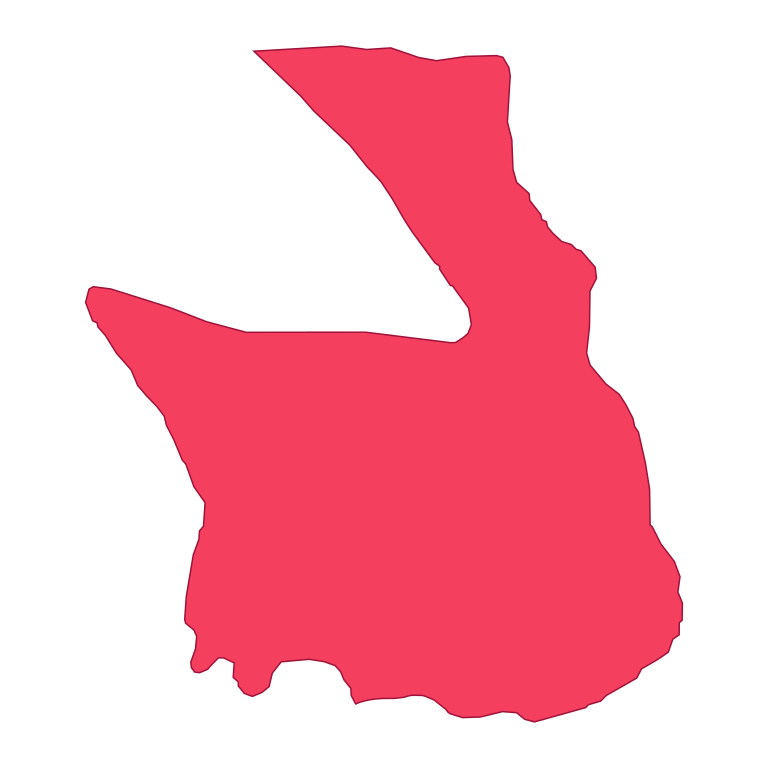 outline of Usumatlán, Zacapa, Guatemala
{"feature_id": "79465075B70422154839704", "entity_name": "Usumatlán", "entity_type": "district", "adm_level": 2, "iso_a3": "GTM", "parent_name": "Guatemala", "parent_adm1": "Zacapa", "projection": "robinson", "projection_center": [-89.805, 15.005], "detail": "fine", "context": "isolated", "style": "filled", "palette": "rose", "viewbox_px": 768, "rotation_deg": 0, "n_neighbors": 0, "source": "geoboundaries", "source_scale": "gbopen_adm2", "svg_char_len": 2178}
<svg xmlns="http://www.w3.org/2000/svg" viewBox="0 0 768 768"><path d="M657.3,659.7L668.3,652.2L672.8,639.2L679.2,634.8L679.3,622.7L682.1,620.2L682.4,603.1L677.9,592.1L680.0,576.7L674.3,561.4L661.0,544.1L652.3,526.9L650.1,524.8L649.6,489.3L645.4,463.0L638.4,432.1L634.6,426.4L632.9,418.3L625.7,404.4L619.3,394.4L605.7,383.8L590.1,365.1L586.6,353.0L589.5,326.4L590.0,291.0L596.5,278.3L595.1,267.1L580.9,250.7L576.1,249.3L571.4,244.5L561.7,241.5L552.9,233.3L547.7,227.1L546.3,221.6L541.9,219.7L540.7,214.5L529.8,200.5L529.1,193.6L516.6,182.3L513.0,169.3L511.8,139.5L507.4,121.9L510.2,75.8L508.9,67.6L502.9,57.3L496.6,55.6L466.2,56.4L436.5,60.7L418.7,57.5L390.7,47.9L366.8,49.5L341.6,46.1L253.9,51.2L300.7,96.1L314.1,111.3L349.8,145.1L367.5,167.3L376.8,177.0L381.2,182.0L392.3,198.8L404.2,219.5L411.7,231.2L434.9,262.8L439.7,266.2L439.6,269.1L450.3,285.4L452.6,285.9L468.6,308.1L471.4,324.6L468.0,333.4L463.2,337.6L455.6,342.5L450.5,342.7L365.7,332.2L246.1,332.3L206.5,321.7L170.8,307.9L111.0,289.0L93.2,286.7L89.0,289.2L85.6,302.4L92.6,320.8L97.1,322.9L97.9,326.9L105.5,335.6L116.5,353.3L131.2,370.0L137.8,385.7L142.7,391.3L146.1,395.4L157.0,406.7L164.3,416.3L166.4,425.3L173.5,439.0L182.3,460.1L185.9,464.2L193.9,486.7L205.1,502.7L203.5,526.2L199.5,530.9L198.9,539.4L193.3,554.8L186.3,596.5L184.7,619.4L185.6,623.2L193.9,630.0L196.7,636.3L195.5,649.0L190.8,662.1L191.4,667.6L194.7,672.1L199.7,672.7L207.6,669.3L211.2,665.2L218.5,657.8L223.6,657.9L234.2,662.9L233.2,677.4L238.2,681.8L238.3,686.0L244.3,693.4L252.4,696.4L262.0,692.4L269.1,686.6L272.3,673.1L281.2,661.8L309.1,659.3L324.3,661.7L335.1,665.6L340.6,671.7L344.1,680.0L350.9,688.5L351.2,695.4L355.7,704.0L358.6,702.7L361.3,701.8L363.7,701.2L367.7,700.2L375.0,699.0L382.3,698.5L389.3,698.4L394.7,698.4L398.7,697.9L404.0,697.3L409.0,695.8L411.9,695.3L414.6,695.3L417.2,695.3L419.4,695.4L421.9,695.4L424.9,696.1L428.0,697.4L432.3,699.2L434.4,700.2L436.9,702.2L440.3,704.9L445.9,709.4L448.1,712.3L450.3,713.8L462.5,717.6L480.3,717.0L502.5,711.6L516.6,712.7L524.7,719.3L534.5,721.9L585.7,707.6L588.4,704.7L600.7,701.1L606.4,695.4L636.7,678.1L641.5,668.9L657.3,659.7Z" fill="#f43f5e" stroke="#9f1239" stroke-width="1.5"/></svg>